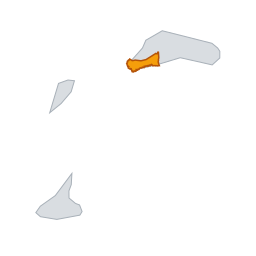 Mbadjini Est, Andjazîdja, Comoros (highlighted), rotated 99°
{"feature_id": "10938185B84550121750878", "entity_name": "Mbadjini Est", "entity_type": "district", "adm_level": 2, "iso_a3": "COM", "parent_name": "Comoros", "parent_adm1": "Andjazîdja", "projection": "mercator", "projection_center": [43.472, -11.838], "detail": "fine", "context": "in_parent", "style": "filled", "palette": "amber", "viewbox_px": 256, "rotation_deg": 99, "n_neighbors": 0, "source": "geoboundaries", "source_scale": "gbopen_adm2", "svg_char_len": 3711}
<svg xmlns="http://www.w3.org/2000/svg" viewBox="0 0 256 256"><g transform="rotate(99 128 128)"><path d="M63.9,133.2L60.9,135.3L46.7,126.2L38.5,124.1L26.6,109.4L31.2,58.4L35.0,51.9L37.9,49.3L44.5,48.3L52.5,54.7L50.4,87.4L61.1,109.5L67.9,126.9L63.9,133.2ZM221.6,161.9L229.4,184.0L229.3,200.6L226.0,205.8L219.0,202.4L206.1,189.2L181.6,176.3L192.8,175.2L199.4,176.5L206.4,175.3L210.7,168.1L211.6,163.8L217.7,160.3L221.6,161.9ZM114.3,197.9L125.2,207.7L94.8,203.6L90.0,194.8L89.7,188.3L101.1,189.8L114.3,197.9Z" fill="#d9dde1" stroke="#a8b0b8" stroke-width="1"/><path d="M49.9,112.1L57.6,120.9L59.6,125.7L59.8,131.5L60.7,133.8L60.8,134.5L60.0,136.2L59.6,137.1L59.9,137.2L60.0,137.3L59.9,137.3L60.0,137.3L60.4,137.6L60.5,137.7L60.6,137.8L60.7,138.0L60.9,137.9L60.9,138.0L61.0,138.1L61.3,138.2L61.4,138.3L61.6,138.4L61.7,138.6L61.8,138.5L62.0,138.6L62.0,138.8L62.3,138.9L62.3,139.0L62.5,139.1L62.8,139.1L63.0,139.0L63.1,138.9L63.2,139.0L63.3,139.1L63.5,139.1L63.8,139.2L64.0,139.2L64.3,139.0L64.5,139.2L64.6,139.3L64.7,139.2L64.9,139.1L65.0,139.0L65.0,138.9L65.0,139.0L64.9,139.2L65.0,139.1L65.3,138.9L65.5,138.9L65.3,138.9L65.5,138.8L65.8,138.8L65.9,138.7L66.0,138.6L66.0,138.4L66.2,138.2L66.5,138.0L66.9,138.1L67.1,138.0L67.4,137.9L67.6,137.7L67.4,137.5L67.3,137.4L67.1,137.4L67.1,137.2L67.3,136.9L67.4,137.0L67.5,137.0L67.8,137.1L68.0,137.1L68.4,137.0L68.7,137.0L68.7,136.9L68.8,136.9L69.0,136.3L69.2,136.1L69.3,135.7L69.4,135.2L69.5,135.1L69.2,134.8L68.9,134.8L68.9,134.6L68.9,134.3L69.0,134.3L69.1,134.2L69.4,134.1L69.5,134.2L69.8,133.9L70.0,133.7L69.9,133.6L70.3,133.3L70.5,133.3L70.5,133.2L70.8,132.9L71.0,133.0L71.4,132.9L71.3,132.7L71.4,132.4L71.6,132.2L71.8,132.2L71.9,131.6L71.7,131.4L71.4,131.4L71.1,131.4L70.9,131.1L70.9,130.9L70.7,130.6L70.8,130.5L70.9,130.2L70.9,129.9L70.7,129.6L70.9,129.6L70.8,129.4L70.7,129.3L70.4,129.2L70.5,129.0L70.1,128.8L69.7,128.7L69.4,128.5L69.4,128.4L69.3,128.5L69.3,128.4L69.2,128.4L69.1,128.5L69.1,128.4L68.9,128.4L68.9,128.2L68.9,127.9L69.0,127.9L68.9,127.8L68.7,127.8L68.8,127.8L68.7,127.8L68.6,127.6L68.7,127.2L68.4,127.1L68.2,126.9L68.2,126.6L68.3,126.6L68.3,126.4L68.2,126.4L68.0,126.1L67.8,125.9L67.6,125.8L67.4,125.9L67.2,125.9L67.1,125.7L66.7,125.2L66.7,124.9L66.6,124.7L66.7,124.4L66.7,124.1L66.5,123.9L66.5,123.7L66.4,123.6L66.2,123.5L66.2,123.4L66.1,123.2L65.9,123.1L65.9,122.9L65.8,122.7L65.8,122.4L65.7,122.5L65.7,122.4L65.5,122.1L65.5,121.9L65.4,121.7L65.2,121.6L65.2,121.4L65.0,121.2L64.9,121.1L64.8,120.9L64.7,121.0L64.7,120.9L64.4,120.9L64.4,121.0L64.3,120.9L64.2,120.9L64.1,120.7L64.2,120.4L64.1,120.2L64.1,119.8L64.1,119.7L63.9,119.6L63.9,119.4L63.8,119.2L63.7,119.2L63.5,118.8L63.6,118.6L63.4,118.5L63.4,118.4L63.3,118.2L63.5,118.2L63.4,118.2L63.5,118.2L63.4,118.1L63.4,117.8L63.2,117.6L63.2,117.4L63.3,117.3L63.2,117.2L63.3,117.2L63.2,117.1L63.2,116.9L63.2,116.7L62.8,116.5L62.8,116.4L62.7,116.2L62.8,116.0L62.6,116.0L62.4,115.7L62.2,115.5L62.3,115.5L62.4,115.4L62.3,115.2L62.2,115.0L62.0,114.8L61.8,114.8L61.7,114.7L61.8,114.6L62.0,114.5L62.0,114.4L62.1,114.2L62.3,114.0L62.3,113.9L62.4,113.7L62.5,113.5L62.4,113.5L62.5,113.4L62.6,113.2L62.5,112.6L62.4,112.4L62.2,111.9L62.3,111.5L62.3,111.4L62.3,111.2L62.4,110.8L62.3,110.7L62.1,110.6L62.0,110.2L62.0,109.7L62.2,108.9L62.1,108.7L61.9,108.5L61.8,108.4L61.8,108.0L61.8,107.7L61.7,107.5L61.7,107.3L61.6,107.2L61.5,106.8L59.8,107.8L59.7,107.8L59.2,108.0L58.8,108.0L58.7,108.1L58.6,108.3L58.4,108.4L58.1,108.5L57.2,108.6L56.9,108.4L56.4,108.5L56.1,108.5L55.6,108.7L54.5,108.6L54.2,108.6L53.8,108.6L48.4,109.8L48.3,110.2L48.4,110.3L48.5,110.4L48.6,110.5L48.9,110.4L49.2,110.3L49.4,110.3L49.8,110.4L50.0,110.6L50.2,111.0L50.1,111.7L49.9,112.1Z" fill="#f59e0b" stroke="#b45309" stroke-width="1.5"/></g></svg>